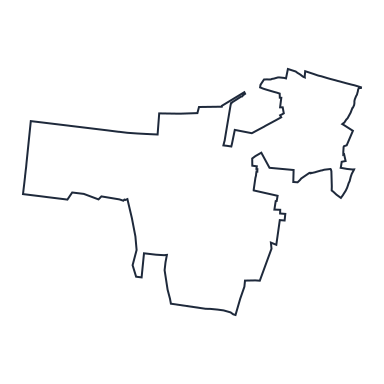 Kinchil, Yucatán, Mexico
{"feature_id": "50627088B70780361544705", "entity_name": "Kinchil", "entity_type": "district", "adm_level": 2, "iso_a3": "MEX", "parent_name": "Mexico", "parent_adm1": "Yucatán", "projection": "mercator", "projection_center": [-89.997, 20.843], "detail": "fine", "context": "isolated", "style": "outline", "palette": "slate", "viewbox_px": 384, "rotation_deg": 0, "n_neighbors": 0, "source": "geoboundaries", "source_scale": "gbopen_adm2", "svg_char_len": 3365}
<svg xmlns="http://www.w3.org/2000/svg" viewBox="0 0 384 384"><path d="M259.8,280.7L271.5,248.7L270.9,242.6L276.3,244.8L279.8,220.1L284.6,220.5L285.3,213.9L280.1,213.5L280.2,209.8L274.4,209.6L275.7,201.1L276.7,201.0L277.6,195.8L255.4,190.8L253.7,190.4L253.7,189.7L255.4,177.9L256.0,175.6L256.2,173.5L256.5,171.5L257.3,171.6L257.4,169.1L256.4,168.9L256.8,166.3L252.3,165.7L252.2,158.5L255.4,156.1L261.3,152.7L269.5,167.8L293.6,170.0L293.3,182.0L293.5,182.0L297.6,182.3L300.0,180.0L301.2,178.5L309.4,172.9L310.4,172.9L309.7,173.5L315.3,172.2L316.1,171.9L321.1,170.5L322.1,170.4L323.2,170.0L324.4,169.7L330.5,169.0L330.9,169.4L331.0,170.0L331.2,170.5L331.4,171.4L331.4,171.9L331.8,186.4L331.8,186.5L331.7,190.5L333.4,191.8L336.5,194.7L340.9,197.9L343.0,195.0L343.9,193.5L344.5,192.6L345.7,190.7L347.1,187.8L348.3,184.3L348.5,183.5L349.7,181.0L349.9,180.1L350.8,176.6L351.9,173.5L352.0,173.4L353.9,169.9L354.1,169.4L352.5,169.5L346.7,168.9L346.3,168.8L340.7,167.8L341.0,166.4L341.7,161.8L345.6,161.0L344.1,154.3L343.3,154.7L343.3,151.9L343.5,148.9L343.6,147.0L344.0,146.2L346.7,145.3L352.9,130.8L344.0,125.1L342.3,124.1L343.5,123.1L344.1,122.8L344.5,122.3L346.4,119.4L346.7,119.2L347.6,118.2L350.6,112.7L352.4,108.0L352.9,107.7L354.1,105.1L354.4,103.2L354.4,101.2L354.8,99.3L356.1,96.1L356.7,95.1L357.0,94.5L357.5,92.5L357.8,91.6L358.0,90.2L358.1,89.7L358.9,88.0L360.9,88.0L361.0,87.3L356.8,86.0L354.5,85.3L351.5,84.6L345.7,83.1L344.0,82.6L342.4,82.2L341.4,81.9L339.2,81.3L337.9,81.0L335.5,80.3L330.5,79.0L327.3,78.1L321.4,76.3L318.7,75.7L317.4,75.3L313.7,74.0L305.2,71.2L304.7,76.4L304.8,77.4L304.3,77.2L303.9,77.1L303.5,76.9L303.2,76.7L302.8,76.5L302.6,76.3L302.0,75.9L301.5,75.5L301.3,75.4L300.8,74.9L298.6,73.5L298.0,73.2L297.0,72.5L296.2,71.9L295.7,71.5L287.9,69.0L286.3,76.9L286.0,78.4L284.8,78.1L284.0,77.9L283.8,77.9L283.0,77.8L281.1,77.6L280.2,77.5L278.9,77.4L277.7,77.5L273.9,78.6L272.0,78.9L270.9,79.4L269.8,79.5L266.8,79.4L264.0,79.5L260.5,84.8L260.1,87.4L263.1,88.6L264.3,89.0L266.9,89.8L272.3,91.4L274.4,92.0L277.0,92.7L279.7,93.6L279.8,97.7L281.3,97.8L280.1,107.3L282.7,107.3L283.5,111.8L283.8,113.3L282.5,114.1L280.1,115.3L281.2,117.3L275.2,120.6L273.3,121.6L271.7,122.5L271.1,122.8L266.8,125.1L264.8,126.2L264.7,126.3L264.4,126.5L255.0,131.5L253.0,132.6L251.8,133.2L234.8,129.9L232.0,143.6L231.3,146.5L226.8,145.8L226.7,145.8L225.0,145.6L223.4,145.4L224.4,141.4L224.6,140.9L225.6,134.8L226.2,131.2L230.5,105.6L231.0,103.2L231.5,103.2L231.7,102.6L241.1,96.6L242.2,96.4L243.1,95.2L245.1,93.8L244.3,92.2L221.9,105.8L221.8,106.7L199.0,107.0L197.4,113.1L179.8,113.7L159.2,113.4L157.6,134.5L151.0,134.2L144.9,133.9L137.5,133.5L127.4,132.8L120.0,131.9L119.2,131.8L118.6,131.8L107.7,130.4L80.5,127.1L69.7,125.8L69.0,125.7L47.4,123.1L30.8,121.1L26.5,163.0L26.1,167.3L25.7,170.5L25.2,175.0L25.1,175.3L25.1,176.1L24.3,183.1L23.0,194.1L41.8,196.4L48.0,197.2L64.4,199.2L67.4,199.6L72.2,192.5L83.8,193.9L98.5,199.4L101.4,196.4L119.4,199.4L123.3,200.7L124.4,199.6L125.2,200.0L127.4,199.1L131.9,218.2L135.4,236.4L136.6,250.0L132.6,265.2L136.1,276.7L141.6,277.4L144.0,253.3L156.0,254.7L164.1,255.2L166.9,254.9L165.5,262.3L164.6,270.2L167.6,289.7L170.0,298.8L170.9,303.7L205.7,308.8L210.4,308.9L217.7,309.6L223.6,310.4L230.6,312.4L233.2,314.3L235.5,315.0L240.2,298.8L244.4,286.7L245.0,280.6L255.4,280.4L259.8,280.7Z" fill="none" stroke="#1e293b" stroke-width="2"/></svg>